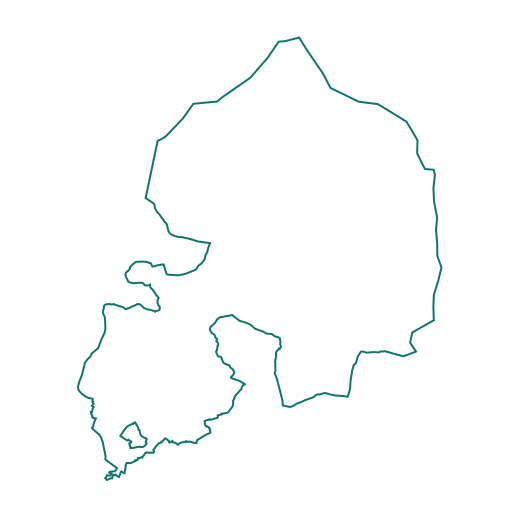 Lagelu, Oyo, Nigeria, rotated 357°
{"feature_id": "59680162B50724647943907", "entity_name": "Lagelu", "entity_type": "district", "adm_level": 2, "iso_a3": "NGA", "parent_name": "Nigeria", "parent_adm1": "Oyo", "projection": "mercator", "projection_center": [3.986, 7.522], "detail": "fine", "context": "isolated", "style": "outline", "palette": "teal", "viewbox_px": 512, "rotation_deg": 357, "n_neighbors": 0, "source": "geoboundaries", "source_scale": "gbopen_adm2", "svg_char_len": 6102}
<svg xmlns="http://www.w3.org/2000/svg" viewBox="0 0 512 512"><g transform="rotate(357 256 256)"><path d="M430.2,329.5L430.5,315.4L431.6,304.1L436.7,290.2L440.6,277.2L437.1,265.4L437.6,252.8L437.1,239.4L438.9,227.2L436.7,211.5L436.7,198.0L438.9,184.6L438.0,179.2L429.4,178.0L427.1,173.4L422.3,161.9L423.3,148.8L413.3,129.7L385.6,110.7L366.7,107.3L339.2,92.1L332.3,77.1L317.9,53.5L310.5,40.1L296.8,42.9L289.8,43.2L277.9,58.8L259.6,77.7L230.9,95.5L225.3,99.7L201.4,100.7L190.2,114.8L172.3,131.7L168.1,134.1L163.8,135.9L148.8,192.4L156.1,197.8L157.2,199.4L157.6,202.8L159.6,207.2L161.6,209.1L163.8,212.8L165.0,214.2L166.3,217.0L167.9,218.3L168.6,219.9L169.9,226.5L170.8,228.4L172.5,230.1L176.5,232.1L180.7,233.1L183.6,233.3L186.1,234.3L188.6,234.8L194.7,236.8L197.7,238.2L210.8,240.8L208.7,245.4L207.5,249.7L205.5,252.6L204.6,256.5L201.1,260.7L198.0,262.6L195.4,266.4L184.8,270.1L178.3,271.2L172.2,270.7L166.6,269.9L165.6,268.8L165.3,268.0L163.4,259.7L163.0,259.5L157.1,260.1L154.7,260.8L152.0,261.1L150.7,258.1L150.2,257.6L149.4,257.5L147.0,256.4L145.5,256.0L143.1,255.7L136.9,255.5L135.2,255.8L134.3,256.7L132.3,257.9L130.8,259.3L129.7,260.6L128.8,262.7L127.3,264.3L125.4,265.6L124.6,267.5L124.9,269.9L126.0,272.2L127.1,275.0L131.3,276.8L138.3,276.6L141.4,276.9L143.8,279.6L146.6,279.7L148.7,279.1L148.7,281.3L149.1,282.2L151.5,284.9L154.7,290.3L155.4,290.9L156.6,292.7L156.3,293.5L155.9,294.0L155.7,294.5L155.3,296.0L155.2,297.9L156.2,300.5L157.2,301.8L157.3,302.6L156.9,303.5L157.0,304.4L156.2,305.1L154.0,305.7L152.1,305.7L152.0,306.2L151.2,305.6L149.2,304.7L146.3,303.9L144.5,303.6L141.0,301.7L138.2,298.6L137.0,298.0L135.5,297.7L133.0,298.7L131.6,299.5L129.8,299.8L127.6,301.0L123.0,302.3L121.8,301.1L120.7,300.3L119.4,299.7L116.1,298.7L114.9,298.1L112.7,297.3L111.7,296.6L109.2,296.9L106.5,296.2L105.5,296.4L103.9,296.4L103.0,296.7L101.8,297.6L101.4,299.1L101.2,300.5L100.5,302.3L100.3,304.2L100.4,305.7L101.8,309.1L101.9,310.7L101.8,321.0L100.8,324.6L97.0,331.8L93.6,339.7L86.9,344.8L85.5,347.6L82.1,350.5L79.6,353.6L76.1,365.3L72.8,372.7L71.4,377.2L71.8,380.8L75.1,384.8L78.8,387.6L81.0,388.8L85.4,390.0L85.0,392.0L85.7,392.8L85.2,393.5L86.1,394.8L84.2,397.0L84.9,397.8L85.9,398.4L84.8,400.3L84.4,402.2L84.0,402.5L84.0,403.0L82.9,403.1L83.4,405.4L84.4,407.5L84.0,408.4L85.1,409.3L87.6,409.8L85.5,413.8L84.2,418.1L83.1,419.1L83.9,420.2L90.3,426.4L91.9,429.5L93.0,433.0L94.9,445.2L95.3,448.3L94.9,451.2L96.1,452.3L106.1,460.6L104.9,462.4L103.6,463.7L99.9,463.7L99.2,463.8L98.1,464.4L98.2,464.9L100.2,465.8L99.1,467.7L95.6,467.2L95.1,468.8L93.8,469.9L93.9,470.1L95.2,471.4L95.5,471.9L98.9,470.5L99.6,470.4L100.6,470.5L102.0,467.0L103.7,467.7L104.4,467.0L107.0,469.3L107.5,469.6L108.9,466.8L109.6,464.6L110.0,464.2L110.5,464.2L112.3,465.6L113.3,466.0L113.7,463.9L114.2,462.9L114.1,462.4L114.4,461.6L114.8,458.7L115.5,456.8L116.1,455.9L119.1,456.3L120.5,456.1L124.8,454.5L124.7,453.6L127.1,453.4L127.5,451.5L129.3,451.7L131.0,450.9L131.9,451.4L132.3,450.5L134.1,448.5L135.0,447.1L135.6,447.0L136.2,446.3L139.2,447.0L140.6,446.8L140.9,447.0L143.2,447.0L143.5,446.5L144.1,446.2L143.3,444.1L145.0,442.5L145.7,441.4L149.3,437.8L151.9,437.2L151.9,436.4L153.0,436.1L155.7,433.3L157.3,434.3L158.7,435.8L159.4,436.1L159.4,437.3L160.0,437.8L162.9,436.4L163.1,437.7L165.6,438.3L167.2,439.4L167.5,440.1L168.0,440.4L170.0,439.0L171.9,438.3L174.4,438.0L175.9,438.2L176.5,437.2L177.8,438.0L179.7,437.8L185.1,439.6L185.9,439.6L186.4,439.4L186.7,439.5L187.0,438.3L187.2,438.2L187.8,436.6L196.6,431.9L201.2,430.1L201.2,428.6L200.7,428.2L200.7,427.8L200.9,427.3L200.6,426.8L200.7,425.5L200.3,425.0L199.9,425.0L199.2,424.1L197.9,423.9L197.7,423.2L196.9,422.9L196.5,422.5L196.3,421.8L196.0,418.3L197.7,417.6L200.5,416.9L200.9,416.5L201.5,417.0L202.0,417.2L208.4,415.7L209.4,415.3L209.4,413.2L213.3,412.4L213.3,411.7L215.1,411.7L216.1,411.4L219.4,411.0L220.6,409.9L224.9,404.7L225.5,401.9L225.5,399.5L227.0,397.0L227.2,395.6L229.0,393.4L231.1,391.5L232.9,389.4L234.1,388.5L235.3,385.7L236.4,384.4L238.2,383.5L238.1,383.2L236.6,382.4L233.3,380.1L231.8,379.4L229.5,378.7L228.7,378.0L226.8,377.5L224.6,376.2L224.9,375.4L225.3,374.9L226.5,374.1L228.3,371.5L228.0,370.1L227.1,368.8L226.6,367.6L224.9,366.4L224.5,365.9L223.6,363.9L223.2,363.4L222.2,363.2L222.1,363.3L219.4,362.0L218.4,361.3L217.5,360.1L216.7,357.5L216.3,357.1L216.3,356.1L215.9,355.3L215.0,354.7L213.3,354.4L212.7,354.0L211.2,350.0L211.1,349.4L212.1,348.2L212.0,346.9L212.8,345.4L212.8,343.7L213.6,342.6L213.6,342.1L213.3,340.6L211.9,339.1L212.2,338.2L212.9,336.9L211.2,335.4L211.1,334.5L210.4,332.6L208.9,331.3L207.9,330.7L206.7,328.7L206.1,326.8L206.8,324.6L211.8,320.4L213.7,317.4L216.5,315.4L229.2,313.7L236.1,319.8L243.1,322.3L246.5,324.1L248.8,326.0L251.2,328.6L259.3,331.9L261.3,333.4L263.2,334.2L266.7,334.6L268.0,334.9L269.2,336.1L271.1,337.4L273.3,338.0L274.7,338.7L275.5,339.5L275.9,343.1L275.5,345.4L276.2,347.6L275.3,349.6L274.0,349.5L273.9,350.5L273.1,350.8L272.1,351.6L271.3,352.7L270.9,353.8L271.0,354.5L270.8,355.2L270.8,357.7L270.3,359.0L269.5,362.7L269.8,364.4L269.5,365.9L269.4,372.0L268.5,373.9L270.5,379.9L274.9,401.9L274.9,406.7L281.7,408.5L283.4,408.3L285.5,407.6L288.8,405.6L295.0,403.6L298.2,402.3L304.2,400.6L305.9,399.9L307.5,398.7L310.5,397.3L312.4,397.6L316.6,396.6L318.1,396.5L322.4,398.0L328.2,399.5L336.3,400.5L340.2,401.4L342.9,394.0L344.0,385.0L346.2,374.8L348.1,369.7L350.1,368.4L352.4,361.6L355.8,357.0L357.5,357.0L359.1,357.4L361.2,358.3L368.7,358.1L373.5,358.7L374.8,358.1L376.4,357.8L377.9,358.0L379.7,357.8L397.9,363.9L410.8,359.8L405.4,350.6L408.1,340.5L430.2,329.5ZM111.1,428.5L115.8,422.3L118.1,419.9L119.9,418.7L123.3,417.4L124.5,416.7L124.8,417.1L126.4,415.7L126.9,416.3L128.4,419.2L129.5,421.9L129.6,423.5L130.6,424.0L130.9,426.8L132.0,429.5L132.4,429.6L132.6,430.0L133.5,430.8L136.2,432.3L136.8,432.4L137.4,433.1L136.5,435.1L136.5,435.8L136.1,436.4L136.9,437.4L136.6,438.1L134.5,440.1L132.4,440.9L128.8,440.3L123.8,441.2L120.5,441.2L120.5,439.1L120.1,438.9L119.6,436.4L121.6,435.6L121.7,434.8L120.0,433.7L119.3,432.8L117.6,433.4L112.9,430.0L111.1,428.5Z" fill="none" stroke="#0f766e" stroke-width="2"/></g></svg>